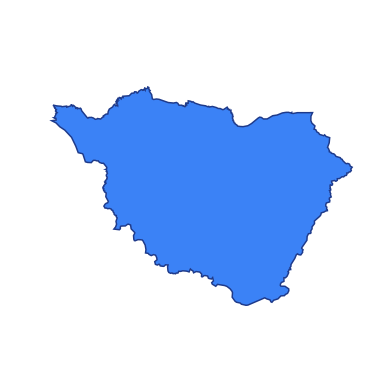 the district of Noen Maprang, Phitsanulok, Thailand, rotated 101°
{"feature_id": "78962969B82229803115956", "entity_name": "Noen Maprang", "entity_type": "district", "adm_level": 2, "iso_a3": "THA", "parent_name": "Thailand", "parent_adm1": "Phitsanulok", "projection": "orthographic", "projection_center": [100.656, 16.557], "detail": "fine", "context": "isolated", "style": "filled", "palette": "blue", "viewbox_px": 384, "rotation_deg": 101, "n_neighbors": 0, "source": "geoboundaries", "source_scale": "gbopen_adm2", "svg_char_len": 6018}
<svg xmlns="http://www.w3.org/2000/svg" viewBox="0 0 384 384"><g transform="rotate(101 192 192)"><path d="M292.7,122.1L292.9,117.4L292.3,115.5L282.0,100.4L282.7,98.1L283.0,94.9L284.8,93.5L285.0,92.5L282.6,91.1L280.5,87.2L277.0,84.9L276.1,81.5L274.7,80.7L273.3,78.9L270.5,78.1L268.6,78.6L266.8,82.8L267.5,86.7L266.8,87.5L265.2,87.6L263.7,86.9L262.2,84.7L258.6,85.4L258.4,83.9L256.5,82.6L252.8,81.7L251.9,82.6L251.0,82.0L249.6,81.9L249.3,80.3L248.7,80.4L247.9,81.5L246.1,80.7L244.3,81.0L237.5,78.4L233.9,77.7L232.6,76.7L233.2,75.0L233.0,73.2L230.2,71.9L228.7,72.3L227.6,71.9L226.5,73.5L225.7,73.6L217.5,70.0L213.6,70.5L210.7,69.7L210.1,67.9L209.4,67.4L207.5,68.0L205.3,67.1L203.3,67.5L199.7,65.7L197.1,66.3L191.4,61.9L189.9,61.2L187.8,61.1L186.4,58.5L185.2,57.2L184.5,55.5L183.6,55.8L183.2,56.6L181.1,56.8L180.6,57.8L179.0,58.3L177.1,58.0L175.5,55.0L173.8,55.1L172.9,55.9L171.6,55.9L170.3,54.4L168.2,55.6L167.2,55.5L165.7,56.6L164.8,56.6L164.2,57.3L163.5,56.2L162.3,56.6L162.0,57.3L161.3,57.1L159.7,57.7L158.6,57.6L158.8,56.1L158.1,55.5L157.0,55.6L156.1,56.6L154.7,57.1L153.5,54.4L154.0,53.1L153.8,52.5L152.8,51.6L151.2,51.9L150.7,49.8L148.4,47.7L148.2,46.0L146.8,45.1L146.2,43.6L145.0,43.3L143.9,43.7L143.4,42.2L142.3,41.5L142.0,40.5L140.5,39.7L139.2,40.5L137.1,39.5L136.4,41.6L134.6,42.7L134.2,44.5L134.7,45.7L134.6,46.7L132.4,50.0L131.3,50.8L131.1,51.9L130.0,53.1L129.6,57.4L128.3,58.7L127.5,60.0L127.4,62.6L126.6,63.2L126.3,64.9L125.4,65.0L123.1,66.5L122.4,67.5L117.6,66.7L112.4,67.2L111.9,71.0L110.6,72.7L111.6,73.4L111.1,77.8L109.8,79.0L109.2,80.9L107.2,82.4L107.0,84.2L103.7,83.9L101.5,87.5L99.1,89.0L94.9,89.7L91.1,88.8L94.0,103.6L95.7,107.9L95.5,108.6L95.7,109.3L95.1,109.4L95.5,109.7L95.4,112.7L96.0,115.3L97.2,118.5L100.2,123.1L101.7,127.3L105.9,132.1L106.7,135.8L105.6,138.0L105.6,139.8L106.7,141.1L113.4,146.6L116.3,149.8L118.1,154.3L118.5,157.3L118.6,159.9L117.9,160.4L116.8,162.8L116.3,162.9L115.9,164.0L114.3,164.7L114.1,165.5L113.1,165.5L111.6,166.5L110.2,166.1L109.8,166.8L109.0,166.6L108.3,167.2L107.9,167.1L107.0,168.6L106.6,168.3L106.2,169.0L104.6,169.3L104.9,169.6L104.4,169.9L104.4,171.0L103.9,171.0L104.1,171.6L103.5,172.2L103.7,172.9L103.0,172.8L102.0,173.7L105.0,176.7L105.3,177.9L104.7,180.1L105.0,182.5L104.5,183.9L104.1,188.2L105.3,191.4L104.7,191.9L105.3,193.0L104.8,195.1L105.0,200.2L104.2,206.2L103.2,208.3L103.8,209.1L103.2,210.4L103.2,213.1L105.7,212.7L106.2,213.7L105.6,214.1L105.9,215.1L106.7,215.0L107.7,214.0L108.0,215.0L108.8,214.6L109.6,215.2L109.2,215.7L109.4,216.5L108.9,217.0L109.2,217.9L108.7,218.5L109.3,221.3L107.6,222.9L107.1,224.4L108.2,227.1L108.7,232.5L107.3,242.0L107.5,244.7L108.5,247.3L108.1,248.7L104.1,250.2L101.4,252.9L101.0,253.1L100.4,252.5L99.4,253.9L97.7,254.3L97.4,255.4L98.4,255.3L99.3,256.3L99.0,258.1L100.6,257.6L99.9,258.4L100.5,258.9L100.6,258.6L101.1,258.7L101.6,259.8L101.2,260.3L101.2,261.4L103.3,263.5L105.2,264.3L105.3,264.9L104.3,266.0L104.6,267.5L105.9,267.8L106.6,270.1L109.5,272.0L111.2,278.1L112.2,277.7L112.0,278.3L112.4,278.8L112.9,278.7L113.4,279.5L114.1,279.4L113.6,280.4L113.1,280.5L113.1,281.4L113.8,281.7L114.2,282.6L114.6,282.4L115.1,282.8L115.7,281.8L116.2,283.1L116.9,282.5L116.9,283.3L117.8,282.9L117.9,283.8L118.9,283.3L119.1,282.6L119.7,283.1L119.7,282.6L120.7,282.2L120.9,281.5L121.6,281.4L121.2,282.0L122.0,283.2L120.8,284.8L121.9,285.6L123.6,286.1L126.4,289.0L128.8,289.6L131.5,289.5L131.9,291.2L134.3,293.6L135.0,293.1L135.7,294.1L137.8,295.6L137.9,298.8L138.5,299.2L139.1,300.8L138.2,302.9L137.9,304.8L138.5,307.5L139.1,307.9L139.3,308.7L133.4,315.7L131.4,316.9L131.0,317.6L131.7,318.8L131.2,320.8L131.9,320.8L131.4,321.4L131.8,322.0L131.4,322.0L129.8,324.4L129.6,325.0L130.6,325.5L129.3,326.7L129.5,327.3L130.5,327.3L132.6,331.1L131.6,331.4L133.1,336.0L132.8,336.7L133.3,341.4L133.2,344.4L133.7,344.5L134.1,343.6L134.9,343.5L135.5,342.4L136.0,342.6L136.8,341.2L137.2,341.3L137.1,340.9L138.7,341.3L139.0,340.5L139.7,340.1L140.2,340.4L140.1,339.7L141.1,340.3L145.4,341.3L145.5,341.7L145.8,341.0L145.6,339.7L147.3,339.1L148.8,343.3L150.1,338.7L153.2,334.2L155.5,328.7L161.3,320.7L169.2,314.8L175.1,311.2L175.3,306.8L175.8,306.2L182.7,302.4L182.9,300.2L182.4,296.5L179.8,294.9L179.4,293.3L179.6,291.1L179.3,290.0L180.6,288.5L181.0,286.0L180.7,284.3L184.0,280.4L185.7,280.2L186.2,281.0L186.2,280.6L187.2,279.9L188.0,280.1L188.1,279.4L188.9,279.3L189.7,278.6L191.8,279.4L193.1,278.8L193.6,278.0L195.0,278.2L195.3,277.9L197.7,279.3L198.7,279.1L198.9,279.6L199.5,279.2L199.2,278.6L199.8,278.7L200.0,278.2L202.5,279.8L203.4,279.7L203.8,280.2L204.8,280.3L205.3,279.6L205.7,279.8L206.0,279.1L206.8,279.3L207.7,278.7L207.7,277.9L208.6,277.8L209.4,276.0L213.1,275.7L217.1,272.4L218.7,272.7L219.4,274.0L220.7,275.1L222.7,275.8L224.4,274.3L224.1,273.0L224.5,271.6L223.9,269.8L224.1,268.2L225.0,267.6L225.2,266.2L226.5,265.7L227.4,264.6L228.7,264.2L229.4,263.2L229.5,261.8L230.6,261.8L231.7,260.5L235.3,261.0L238.0,259.9L240.8,260.3L243.3,261.6L242.9,256.1L241.8,255.3L240.0,255.7L239.0,255.2L238.0,250.9L236.1,249.2L235.7,248.3L236.1,246.0L239.8,244.7L242.7,240.5L243.7,240.4L245.9,241.1L249.5,240.1L250.7,239.3L250.7,238.5L249.1,236.0L248.7,233.5L248.6,231.7L249.2,230.9L253.1,227.8L257.4,226.2L260.7,226.0L260.6,223.4L261.5,222.2L262.2,219.9L260.8,217.8L261.0,215.7L263.2,214.1L265.2,213.4L267.5,215.3L270.0,214.1L270.3,212.1L269.2,210.6L269.3,210.0L270.6,209.1L270.5,206.0L270.1,205.2L268.5,204.1L268.2,201.6L270.1,201.7L274.1,200.5L275.4,199.4L275.9,197.5L275.3,196.2L275.8,194.9L275.4,194.3L275.4,192.5L274.6,192.1L274.2,190.3L272.4,189.9L272.1,188.0L271.1,186.0L270.7,182.1L271.0,179.6L267.9,178.9L268.9,177.3L269.1,176.2L271.0,175.0L269.3,172.8L269.1,169.1L270.8,166.8L273.0,166.6L273.4,166.1L273.2,165.4L271.9,164.4L271.5,163.2L271.5,160.6L273.4,159.5L273.7,158.7L273.7,156.3L272.1,155.4L275.2,154.0L277.3,155.4L278.6,154.5L280.0,150.7L277.8,149.3L277.6,142.1L278.0,139.7L279.8,136.1L281.9,133.7L283.2,133.0L287.6,132.5L291.0,128.9L291.7,127.3L291.8,123.5L292.7,122.1Z" fill="#3b82f6" stroke="#1e3a8a" stroke-width="1.5"/></g></svg>